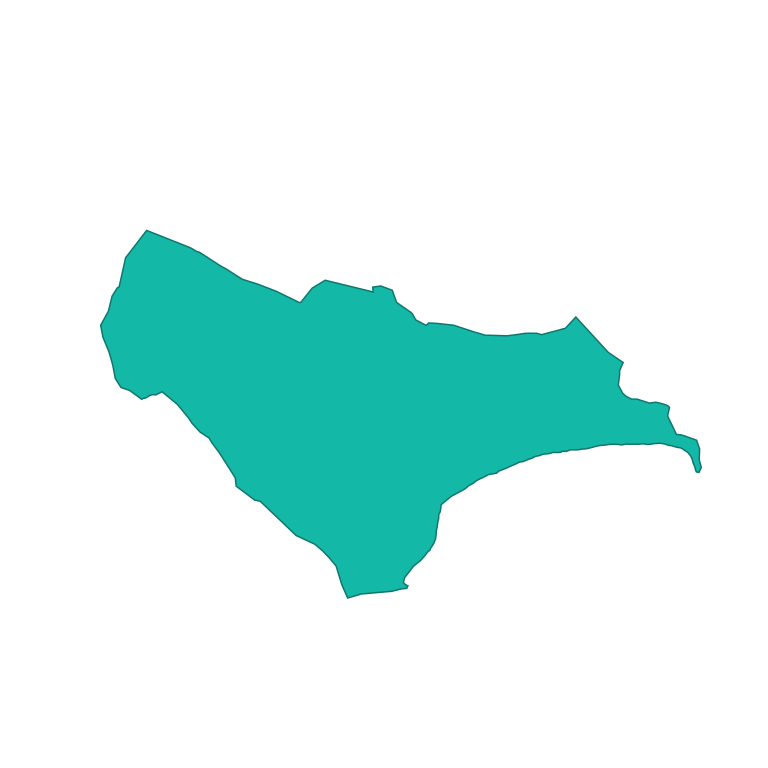 outline of Konshisha, Benue, Nigeria, rotated 320°
{"feature_id": "59680162B50777093344409", "entity_name": "Konshisha", "entity_type": "district", "adm_level": 2, "iso_a3": "NGA", "parent_name": "Nigeria", "parent_adm1": "Benue", "projection": "robinson", "projection_center": [8.769, 7.045], "detail": "fine", "context": "isolated", "style": "filled", "palette": "teal", "viewbox_px": 768, "rotation_deg": 320, "n_neighbors": 0, "source": "geoboundaries", "source_scale": "gbopen_adm2", "svg_char_len": 2823}
<svg xmlns="http://www.w3.org/2000/svg" viewBox="0 0 768 768"><g transform="rotate(320 384 384)"><path d="M405.6,266.7L390.5,264.4L372.8,268.0L371.4,267.0L361.2,244.0L351.8,226.9L342.7,212.6L337.0,194.5L334.5,188.0L327.6,165.4L327.0,163.9L325.9,162.6L323.3,155.3L300.9,113.8L267.2,121.2L243.6,139.3L241.5,138.9L232.2,141.9L219.8,151.0L204.7,156.9L198.7,167.6L195.5,177.9L193.7,183.3L188.4,195.1L181.7,207.0L180.3,217.7L185.0,225.4L188.6,240.0L189.9,240.2L191.0,240.6L191.8,241.2L192.4,241.5L193.0,241.6L195.3,242.0L197.0,242.2L198.9,242.9L200.3,243.7L202.2,245.7L203.8,246.0L209.0,247.3L212.6,266.6L212.5,275.7L212.4,284.9L211.7,290.7L212.2,302.7L215.3,312.9L214.4,318.4L213.6,331.2L209.8,360.0L209.5,360.6L205.1,367.3L210.3,389.8L213.8,394.3L219.3,443.6L228.0,462.2L229.7,472.1L230.3,481.7L230.3,492.7L222.8,510.3L218.6,524.6L231.5,530.2L256.9,547.9L265.5,552.1L270.1,555.2L272.6,553.9L272.2,553.4L271.3,550.4L271.3,548.4L275.7,545.5L277.6,545.1L285.3,543.5L288.8,542.6L292.8,542.6L293.2,542.6L298.4,542.7L305.4,541.7L309.8,540.7L312.4,540.8L314.1,539.8L317.6,538.8L320.3,537.8L323.1,536.2L323.8,535.9L328.2,531.9L329.9,529.9L332.5,528.0L336.9,524.0L338.5,522.9L339.6,522.0L342.2,519.1L344.8,518.1L348.3,515.1L350.1,513.2L352.7,513.2L358.8,513.2L363.2,513.3L364.9,513.6L368.4,514.3L372.8,515.3L378.9,516.4L384.1,516.4L388.5,517.4L392.8,517.5L397.2,518.5L400.7,519.5L402.6,519.9L403.9,520.2L405.9,520.6L409.4,522.6L412.8,524.6L416.3,524.6L422.4,526.7L425.9,527.7L429.4,528.7L432.9,529.8L437.2,530.8L439.4,532.0L440.7,532.8L446.8,534.8L449.4,535.9L453.8,536.9L457.2,538.9L460.7,539.9L463.3,541.9L466.8,544.0L469.4,545.0L472.9,548.0L475.5,550.0L477.2,550.0L477.3,550.1L480.7,553.0L484.2,554.1L490.3,559.1L493.7,561.1L496.5,563.1L498.1,564.1L502.4,566.2L506.8,568.2L510.3,570.2L514.6,573.2L518.1,575.3L520.7,577.3L522.7,579.1L525.0,581.3L526.7,583.3L530.5,585.4L533.7,588.3L536.3,590.3L539.8,593.4L544.1,596.4L546.7,599.4L549.3,601.4L552.8,603.4L555.4,605.4L557.1,606.5L558.9,608.5L560.6,610.5L562.3,613.5L564.9,616.5L567.5,620.5L570.1,623.5L571.0,625.5L571.8,628.5L572.7,631.5L572.7,634.5L572.6,636.5L571.8,639.5L570.0,643.4L569.1,646.4L567.3,650.4L566.8,652.2L568.5,654.2L573.4,651.9L576.9,644.5L584.0,636.7L587.3,628.0L581.3,617.7L578.9,613.9L575.6,610.6L580.7,590.8L587.7,585.4L587.4,583.0L586.1,580.5L582.7,575.5L580.3,572.5L575.1,569.3L568.1,558.2L564.1,554.9L561.5,549.1L560.9,544.4L562.8,535.4L570.4,528.4L573.1,525.2L581.0,521.3L576.1,503.9L574.0,456.0L558.8,457.9L536.4,447.5L533.7,443.4L527.7,438.3L524.5,435.8L515.7,430.4L508.9,425.9L496.4,414.7L493.2,412.1L489.5,406.5L486.1,401.5L475.2,383.8L463.5,371.6L457.5,366.0L453.9,366.2L449.5,355.2L450.9,348.6L450.6,346.2L446.1,329.8L448.4,323.3L450.6,317.6L444.5,306.8L437.6,302.5L434.9,306.6L405.6,266.7Z" fill="#14b8a6" stroke="#0f766e" stroke-width="1.5"/></g></svg>